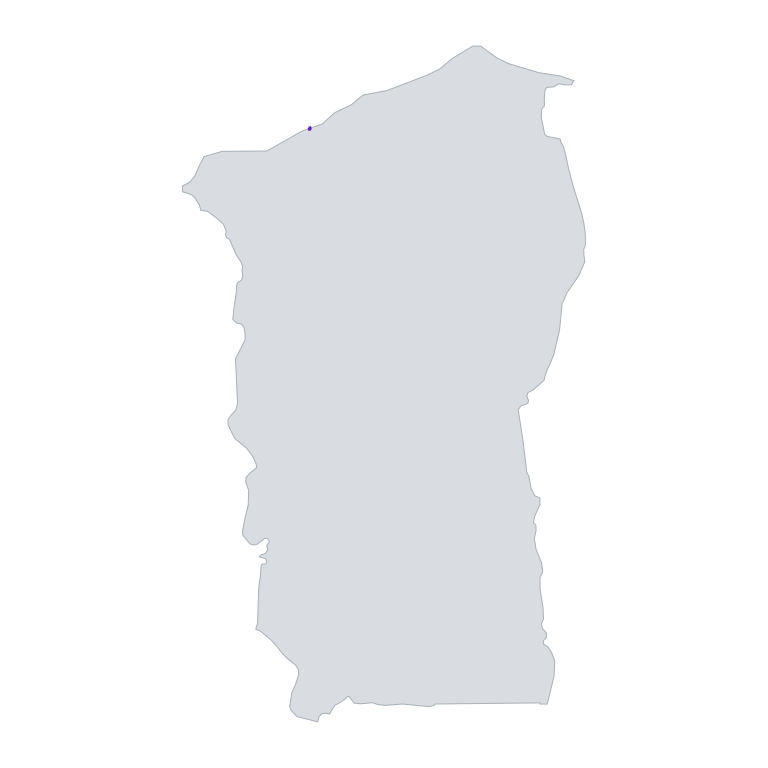 Accra Metropolis, Greater Accra, Ghana shown in context, rotated 180°
{"feature_id": "2480657B11720749290533", "entity_name": "Accra Metropolis", "entity_type": "district", "adm_level": 2, "iso_a3": "GHA", "parent_name": "Ghana", "parent_adm1": "Greater Accra", "projection": "natural_earth1", "projection_center": [-0.21, 5.545], "detail": "fine", "context": "in_parent", "style": "filled", "palette": "violet", "viewbox_px": 768, "rotation_deg": 180, "n_neighbors": 0, "source": "geoboundaries", "source_scale": "gbopen_adm2", "svg_char_len": 3173}
<svg xmlns="http://www.w3.org/2000/svg" viewBox="0 0 768 768"><g transform="rotate(180 384 384)"><path d="M471.2,51.5L477.0,57.8L478.3,61.5L476.2,75.2L472.0,84.8L469.3,93.7L469.6,98.2L472.2,102.7L481.0,109.8L485.5,114.3L490.9,121.3L497.0,128.1L507.6,136.9L512.0,138.5L511.8,140.9L510.4,144.3L509.4,177.2L508.6,185.7L507.8,190.0L506.9,202.3L505.8,204.0L503.8,203.9L501.9,204.4L501.5,206.8L502.2,209.3L508.6,211.1L507.2,212.9L502.5,214.6L500.3,218.3L501.2,222.5L498.7,225.9L499.4,228.2L501.1,229.9L503.7,229.3L511.1,223.6L514.3,223.0L518.1,224.2L525.2,232.8L525.5,237.0L522.6,251.5L519.8,262.7L519.3,277.6L522.3,285.9L521.9,290.5L518.6,294.5L511.3,300.3L511.9,304.2L515.2,311.5L521.4,319.7L533.5,329.8L539.8,342.9L540.0,348.3L536.3,353.6L531.9,358.3L530.5,365.0L532.5,409.1L522.9,428.2L522.9,433.7L523.8,440.0L526.3,443.8L531.2,444.9L535.2,448.6L533.8,462.0L531.7,475.7L531.4,482.3L530.2,485.5L526.4,488.0L525.1,492.4L526.0,497.7L525.3,501.6L527.4,506.7L531.7,513.1L538.7,528.9L541.4,530.1L542.6,533.4L541.8,536.7L544.5,543.7L552.3,550.6L560.5,556.7L567.1,557.6L568.7,563.1L573.0,570.0L576.2,573.1L581.2,575.0L585.3,576.1L585.5,582.0L578.1,586.0L573.1,592.0L569.2,601.3L563.9,611.4L545.7,616.7L538.7,616.7L501.2,617.0L466.0,636.9L445.8,644.0L433.3,655.3L416.6,663.3L404.9,673.0L380.6,677.6L340.8,692.9L328.4,698.9L315.8,709.5L295.3,721.9L287.2,721.8L271.2,710.1L259.1,704.3L229.6,695.4L207.6,692.0L197.0,688.2L194.1,687.5L196.5,683.3L202.7,683.1L209.1,684.3L214.0,681.1L221.2,680.7L223.1,677.4L223.7,669.0L223.6,662.2L226.1,659.2L226.8,651.2L223.3,633.6L220.8,631.6L207.9,629.0L207.0,625.5L204.7,621.8L202.2,612.7L199.4,599.2L195.0,582.4L186.4,554.7L184.2,544.9L182.8,534.9L182.5,523.0L184.3,518.5L184.0,512.4L183.2,506.2L189.3,492.1L201.3,474.9L203.8,468.6L206.0,464.3L206.4,458.1L208.5,437.9L214.2,413.6L217.8,404.4L220.3,399.5L223.2,391.4L224.0,387.6L235.0,378.0L240.0,375.5L241.2,371.7L239.4,367.6L240.2,364.8L242.8,363.4L246.9,362.3L249.8,358.4L245.2,328.4L241.5,298.5L241.3,295.9L239.1,291.8L236.9,279.4L233.2,272.2L228.1,270.1L228.1,263.3L233.3,251.8L234.7,245.0L232.2,243.0L231.9,237.8L233.7,229.3L232.8,224.0L231.9,218.5L226.5,205.4L225.2,196.1L228.0,190.7L227.9,178.8L225.0,160.5L224.5,149.0L226.5,144.1L225.6,139.6L221.7,135.2L221.4,131.0L224.8,126.9L224.3,123.6L220.2,121.3L216.5,115.7L213.2,106.8L213.9,92.4L220.2,66.1L221.0,63.9L228.0,64.0L228.1,65.1L250.0,64.9L275.2,64.6L305.2,64.3L332.5,64.0L333.7,62.8L338.2,61.3L365.7,64.0L383.0,62.6L390.3,63.5L395.6,65.3L407.5,64.2L413.9,64.9L418.7,71.4L420.6,71.4L423.3,68.6L428.0,65.4L432.9,62.9L436.3,57.8L438.4,53.9L441.6,54.7L446.1,54.4L449.1,51.1L450.3,46.1L471.2,51.5Z" fill="#d9dde1" stroke="#a8b0b8" stroke-width="1"/><path d="M457.2,639.6L457.3,639.6L457.3,639.9L457.6,639.9L457.7,640.0L457.8,640.4L457.6,640.5L457.6,640.9L457.8,640.8L458.0,640.8L458.2,640.7L458.3,640.7L458.5,640.7L458.4,640.5L458.5,640.4L458.5,640.2L458.8,640.0L458.8,639.9L459.0,639.7L459.3,639.7L459.5,639.6L459.5,639.3L459.3,638.9L459.2,638.3L459.1,638.0L458.9,638.0L458.7,638.1L458.4,638.1L458.1,638.0L457.9,638.0L457.6,638.3L457.4,638.5L457.3,638.9L457.1,639.2L457.2,639.6Z" fill="#8b5cf6" stroke="#5b21b6" stroke-width="1.5"/></g></svg>